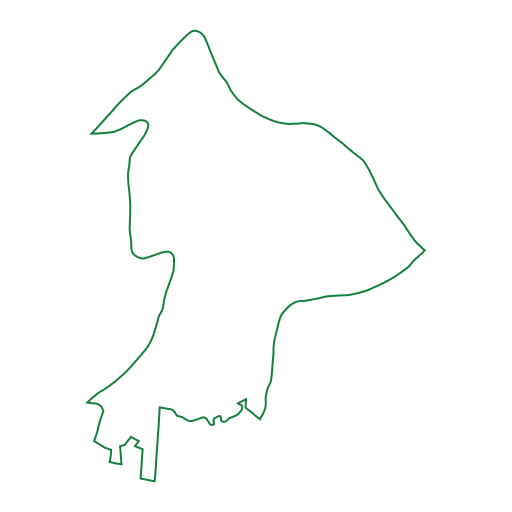 Xuan Truong, Nam Định, Vietnam (Robinson projection)
{"feature_id": "81297802B91982413663988", "entity_name": "Xuan Truong", "entity_type": "district", "adm_level": 2, "iso_a3": "VNM", "parent_name": "Vietnam", "parent_adm1": "Nam Định", "projection": "robinson", "projection_center": [106.347, 20.297], "detail": "fine", "context": "isolated", "style": "outline", "palette": "green", "viewbox_px": 512, "rotation_deg": 0, "n_neighbors": 0, "source": "geoboundaries", "source_scale": "gbopen_adm2", "svg_char_len": 4959}
<svg xmlns="http://www.w3.org/2000/svg" viewBox="0 0 512 512"><path d="M424.8,250.4L421.3,247.2L416.0,242.2L409.6,233.5L404.5,225.5L399.6,219.1L396.6,215.3L390.5,207.0L384.3,198.7L378.4,189.9L373.7,179.2L368.9,169.5L364.8,162.7L362.6,160.0L359.4,157.1L356.9,155.5L350.5,150.2L348.0,148.3L346.5,146.9L344.4,144.9L342.5,143.4L340.5,141.8L340.4,141.8L337.4,139.5L334.5,137.3L330.3,133.6L326.6,130.9L325.2,129.8L322.9,128.2L320.6,126.7L317.2,125.3L315.6,124.7L313.7,124.1L312.1,123.9L309.9,123.7L307.8,123.5L306.6,123.3L305.3,123.3L303.0,123.1L302.2,123.1L301.9,123.1L298.4,123.6L295.2,123.7L291.8,123.8L288.8,124.0L286.8,123.8L284.9,123.5L282.5,123.2L280.6,122.9L278.8,122.5L276.6,121.9L274.4,121.2L272.2,120.4L269.7,119.5L266.1,117.8L262.7,116.4L259.0,114.3L257.0,113.0L255.3,111.9L250.8,109.2L248.5,107.6L245.9,105.8L243.6,104.3L241.7,102.8L239.3,100.8L237.6,99.3L236.4,97.9L234.6,95.8L233.8,94.7L232.7,93.2L231.7,91.7L230.7,90.3L229.9,88.8L228.8,86.2L226.9,82.6L225.5,80.7L223.4,78.3L222.0,76.4L220.9,74.9L220.1,73.9L218.7,71.7L216.7,66.5L215.2,63.0L214.3,61.0L213.6,59.2L210.0,50.5L208.9,47.5L206.9,42.5L206.7,42.0L206.0,40.3L205.3,38.9L204.5,37.2L203.3,35.5L202.0,34.0L200.1,32.5L198.6,31.7L196.8,31.1L195.3,30.7L194.1,30.8L192.9,31.0L191.9,31.4L190.7,32.1L188.6,33.6L185.3,36.7L183.3,38.6L179.2,42.7L177.4,44.7L174.6,47.8L172.5,50.1L171.1,52.2L170.0,53.7L168.7,55.6L167.3,57.7L165.1,60.8L163.2,63.7L161.6,65.9L160.7,67.3L160.2,67.9L159.5,68.9L158.7,70.1L156.0,73.0L154.4,74.5L152.4,76.1L150.9,77.5L148.8,79.3L147.0,80.8L144.3,83.2L141.9,85.1L138.5,87.5L134.4,89.6L131.2,91.8L129.5,93.2L126.4,96.0L124.0,98.4L122.2,100.0L119.2,103.2L118.3,104.1L115.0,107.8L110.2,113.4L107.1,116.6L103.8,120.4L101.2,123.3L98.0,126.8L94.8,130.2L91.5,133.7L99.3,133.4L107.9,132.7L113.8,131.9L121.5,128.8L131.5,123.6L137.6,120.8L141.3,120.1L144.9,120.7L146.7,121.7L147.6,122.9L148.1,124.2L148.3,125.3L148.1,127.0L147.2,129.8L144.2,135.7L138.4,144.0L135.8,147.9L133.4,151.5L131.6,154.2L130.3,156.7L130.0,157.7L129.8,158.8L129.5,163.4L129.2,165.7L128.2,171.7L128.0,176.2L128.4,184.2L129.3,191.6L129.8,197.2L130.1,201.3L130.2,204.9L130.2,214.3L129.8,223.3L129.7,229.2L130.0,233.1L130.5,236.0L131.3,243.5L131.4,248.9L132.2,252.0L133.3,253.8L135.1,255.5L137.7,257.1L140.8,258.3L144.1,258.5L148.6,257.1L156.0,254.5L161.0,252.8L161.7,252.5L165.5,251.8L168.0,251.7L169.5,252.0L171.2,253.1L172.9,254.9L173.9,257.6L174.0,260.4L174.0,265.5L173.5,270.5L171.9,276.1L168.7,285.3L166.5,291.1L164.9,297.0L164.6,297.9L163.8,301.9L163.0,307.4L162.9,307.8L162.0,310.4L159.7,314.8L158.5,317.2L157.9,320.2L156.8,324.0L153.8,333.9L152.5,337.4L150.7,341.4L147.8,346.7L146.7,348.1L143.9,351.6L140.1,356.1L133.8,363.3L130.8,366.8L125.4,372.5L114.9,381.8L105.1,388.9L99.3,392.3L96.7,394.2L91.2,398.8L87.2,402.6L88.4,402.8L89.5,403.0L93.7,403.4L95.3,403.4L96.8,403.7L99.1,404.8L100.8,406.0L101.5,406.8L103.4,411.0L101.8,415.8L100.9,418.1L99.3,423.3L99.1,424.1L98.1,428.3L97.1,432.5L94.1,441.0L104.4,447.4L104.7,447.6L111.1,449.9L110.8,455.6L109.7,462.0L110.8,462.2L115.4,463.3L121.5,464.3L120.1,446.2L124.6,444.9L131.0,436.9L138.8,441.1L138.5,441.4L135.0,446.2L142.6,449.2L140.6,478.5L154.6,481.3L154.6,481.2L155.1,477.0L156.3,459.8L156.7,452.5L158.5,428.3L159.7,407.4L171.8,409.5L173.2,410.7L174.6,411.9L176.3,414.8L176.9,415.5L177.4,415.8L179.0,416.3L181.3,416.9L182.9,417.5L183.8,418.1L186.9,420.0L188.8,421.0L190.4,421.2L191.3,421.1L193.1,420.7L197.7,419.2L201.6,417.7L203.2,417.4L204.4,417.5L205.3,417.9L206.1,418.3L207.3,419.9L208.3,421.6L209.7,423.9L210.9,424.8L212.6,424.9L213.5,424.6L213.9,424.2L214.0,423.4L213.9,422.9L213.6,420.6L213.6,419.4L213.7,419.0L214.0,418.7L214.8,418.2L216.3,417.3L217.4,416.7L219.4,416.0L219.9,416.0L220.1,416.2L220.5,416.7L220.9,417.9L221.1,419.9L221.4,420.9L222.2,421.5L223.4,421.8L225.1,421.6L226.1,421.2L227.1,420.3L228.5,418.9L229.8,418.0L232.4,417.0L235.4,415.8L237.4,414.7L238.9,413.3L240.4,411.5L241.9,409.4L242.2,408.4L242.2,407.5L242.1,406.6L241.9,405.8L241.3,405.1L239.8,404.5L238.0,403.5L239.2,402.6L244.0,400.3L246.0,399.2L246.0,399.3L246.2,399.6L246.2,400.5L245.9,402.0L245.6,405.8L245.5,407.3L246.1,408.2L251.2,411.9L255.4,415.7L260.0,419.3L261.0,417.2L262.6,414.5L264.3,410.9L265.4,407.6L265.8,404.2L265.8,403.1L265.7,400.7L265.7,397.5L266.4,392.9L267.5,388.8L269.2,385.1L270.4,382.8L270.9,381.0L271.2,378.9L271.9,373.7L272.6,363.2L273.1,357.8L273.4,355.2L273.5,347.9L274.3,340.8L276.2,332.8L278.8,322.2L280.3,317.4L281.1,315.3L282.7,313.1L285.6,309.7L286.1,309.2L288.4,306.8L290.9,304.7L293.1,303.3L296.3,301.8L299.7,301.1L304.1,300.9L308.7,300.2L313.9,299.2L318.9,298.2L325.0,296.7L328.6,296.2L334.1,295.8L334.5,295.8L340.7,295.4L345.0,295.3L348.8,295.0L354.2,294.0L358.8,292.9L364.2,291.4L368.8,289.7L373.9,287.4L376.9,286.1L382.7,283.3L390.2,279.4L394.3,277.0L400.9,272.5L406.0,268.8L409.1,266.3L412.6,262.0L414.9,259.5L417.1,257.6L417.5,257.3L417.7,257.1L420.1,254.9L421.7,253.5L424.8,250.4Z" fill="none" stroke="#15803d" stroke-width="2"/></svg>